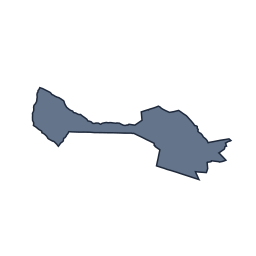 Voitinel, Suceava, Romania, rotated 50°
{"feature_id": "2599482B77271409041849", "entity_name": "Voitinel", "entity_type": "district", "adm_level": 2, "iso_a3": "ROU", "parent_name": "Romania", "parent_adm1": "Suceava", "projection": "natural_earth1", "projection_center": [25.73, 47.865], "detail": "fine", "context": "isolated", "style": "filled", "palette": "slate", "viewbox_px": 256, "rotation_deg": 50, "n_neighbors": 0, "source": "geoboundaries", "source_scale": "gbopen_adm2", "svg_char_len": 4704}
<svg xmlns="http://www.w3.org/2000/svg" viewBox="0 0 256 256"><g transform="rotate(50 128 128)"><path d="M97.2,193.1L96.9,191.6L96.6,190.5L96.3,189.7L96.3,189.0L96.4,187.2L96.4,186.3L96.2,185.9L95.8,185.3L95.3,184.8L94.8,184.2L94.6,183.9L94.6,183.5L94.8,183.1L94.9,182.8L94.8,182.3L94.6,181.1L94.5,180.7L94.3,180.3L94.0,179.8L93.6,177.6L92.8,175.7L95.5,172.8L100.0,167.8L102.9,164.3L106.2,160.5L106.7,159.9L108.1,158.5L110.0,156.6L113.9,152.0L118.7,146.5L121.9,142.7L126.6,137.4L129.1,134.6L131.6,131.7L134.2,128.6L134.8,128.3L135.4,127.6L135.8,127.0L139.4,125.4L142.2,124.1L145.1,122.8L148.7,121.3L151.7,119.9L156.5,117.8L157.5,118.5L158.1,119.1L159.3,118.7L159.6,119.1L162.4,118.4L165.2,117.6L168.8,122.2L170.6,124.4L172.4,126.8L175.3,130.5L175.7,130.3L177.6,129.1L179.7,127.8L181.8,126.4L184.8,124.7L189.5,121.5L190.7,120.8L191.4,120.3L192.0,119.9L194.4,118.4L195.1,118.0L207.3,110.4L213.1,106.8L212.6,106.7L210.6,106.1L208.1,105.4L207.6,105.3L207.1,105.2L204.8,104.4L206.7,102.6L207.6,101.7L211.1,98.1L212.5,96.7L212.3,96.2L210.9,94.0L210.4,93.1L207.8,91.3L205.2,89.5L205.2,89.3L206.8,86.8L207.2,85.7L206.7,85.2L209.6,82.5L212.0,80.2L212.8,79.9L214.3,77.2L215.2,75.0L215.6,73.7L212.2,73.9L207.7,74.2L205.8,74.3L205.5,74.4L205.7,72.7L205.9,69.7L206.1,68.3L206.0,67.8L205.9,67.4L205.0,66.2L204.6,65.6L204.7,65.3L204.9,64.7L205.2,64.2L202.2,63.0L202.5,62.4L202.5,61.7L202.7,60.1L203.0,59.5L203.4,58.6L203.6,58.2L203.7,57.8L203.8,57.2L201.3,57.6L200.8,58.4L199.7,60.3L198.9,61.6L196.5,65.6L193.4,71.2L191.4,74.7L190.7,76.1L190.4,76.0L189.5,75.8L189.2,75.7L188.5,75.5L187.9,75.5L187.7,75.5L187.0,75.5L186.5,75.5L185.9,75.6L185.6,75.6L184.8,75.8L183.8,76.0L183.1,76.1L182.8,76.0L181.9,75.8L181.3,75.7L180.7,75.7L180.3,75.7L179.9,75.7L179.4,75.8L179.1,75.7L178.7,75.8L178.4,76.0L178.0,76.2L177.7,76.3L176.0,76.6L175.7,76.6L175.4,76.6L175.1,76.3L174.9,75.9L174.6,75.6L174.4,75.3L174.2,75.2L173.8,75.1L173.2,75.2L172.8,75.2L172.4,74.9L172.2,74.7L171.7,74.2L171.3,74.0L171.1,74.0L170.6,74.2L169.7,74.7L168.9,75.4L166.8,75.1L165.7,75.1L165.2,75.1L164.7,75.1L163.2,75.1L162.8,75.1L161.4,75.2L157.6,75.3L156.4,75.4L156.1,75.4L152.7,76.4L151.2,76.8L150.6,76.9L149.6,77.2L149.3,77.3L148.2,77.6L147.1,77.9L146.4,79.3L145.0,82.2L143.8,84.3L142.7,86.2L138.7,88.1L135.6,89.4L133.2,90.0L132.9,89.9L131.7,90.3L130.8,90.7L130.0,93.2L129.1,95.6L127.4,99.5L127.2,100.0L127.4,100.6L127.2,100.9L127.0,101.0L126.8,101.1L126.4,102.0L125.7,103.7L124.2,107.5L126.2,108.9L131.1,112.3L130.6,117.3L130.2,120.9L128.0,122.9L125.7,124.9L125.7,126.3L125.4,126.5L125.1,126.7L125.0,126.9L124.6,127.9L124.3,128.4L123.6,129.2L122.8,129.8L120.6,130.8L118.9,131.5L118.5,131.7L117.9,132.5L117.3,133.0L117.0,133.2L116.8,133.9L116.4,134.4L114.7,136.0L113.5,137.1L113.1,137.4L112.2,138.4L111.4,139.7L111.1,140.0L110.2,140.7L109.8,141.1L109.2,142.1L108.5,143.4L108.0,144.3L107.8,144.8L107.7,145.2L107.6,146.5L106.9,146.9L106.0,147.2L105.3,147.5L105.1,147.7L104.7,148.1L104.1,148.8L103.6,149.3L103.5,149.6L103.1,150.5L102.6,151.1L102.3,151.4L102.1,151.8L101.2,152.2L100.5,152.1L100.0,152.2L99.4,152.3L99.0,152.6L98.1,153.1L97.2,153.9L96.6,154.2L95.7,154.0L95.3,154.0L94.7,153.9L94.4,154.0L94.0,154.1L92.1,154.5L91.1,154.8L90.3,155.0L89.2,155.3L88.2,155.5L87.4,155.6L87.1,155.7L86.8,156.0L86.5,156.5L86.3,156.8L86.1,156.9L85.7,157.2L85.2,157.5L84.5,157.8L83.4,158.2L83.0,158.4L82.4,158.8L81.7,159.4L81.0,159.8L80.1,159.6L79.7,159.5L79.4,159.6L79.1,159.7L78.5,160.1L78.0,160.4L77.5,160.6L76.7,160.9L75.5,161.2L74.4,161.4L72.7,161.7L71.6,161.5L71.1,161.4L70.5,161.4L70.3,161.3L70.0,161.2L69.5,161.1L68.4,160.8L68.2,160.7L66.6,160.0L66.2,159.9L65.6,159.8L65.2,159.9L64.8,160.1L64.5,160.3L64.3,160.3L64.1,160.3L63.8,160.3L63.4,160.5L62.9,160.6L62.4,160.7L61.8,161.0L60.4,161.4L59.5,162.0L58.6,162.6L57.0,163.3L56.5,163.6L55.2,163.9L53.7,164.6L53.4,164.8L53.2,164.8L52.9,164.7L52.4,164.7L51.7,164.7L51.1,164.7L50.4,164.9L49.4,165.3L43.1,168.0L42.2,168.5L41.3,169.1L40.4,169.6L40.8,170.6L41.0,170.8L41.2,171.1L41.3,171.3L41.4,172.0L41.4,172.3L41.4,172.7L41.5,172.8L41.8,173.1L42.2,173.5L42.5,173.9L42.8,174.4L42.8,174.5L42.8,175.0L43.6,175.9L43.8,176.2L44.5,176.7L46.1,177.8L47.0,178.9L47.1,179.0L47.8,179.7L49.1,181.2L49.3,181.8L49.8,183.1L50.0,183.9L50.1,185.0L50.3,185.5L50.6,186.0L50.8,186.2L51.6,187.1L52.5,187.7L53.1,188.2L54.0,189.0L54.8,190.3L55.3,191.6L55.6,192.0L56.7,192.7L58.3,194.2L60.8,196.2L61.4,196.4L62.3,196.5L63.5,197.0L64.7,198.1L65.2,198.8L66.5,198.5L67.3,198.1L67.7,198.0L69.2,197.7L71.6,197.3L74.4,196.3L74.8,196.3L75.8,196.5L76.2,197.0L78.0,196.2L79.7,195.8L82.0,195.6L83.6,195.8L84.3,196.0L85.1,195.9L85.5,195.8L89.6,194.2L90.4,193.5L91.4,193.3L94.5,193.0L97.2,193.1Z" fill="#64748b" stroke="#1e293b" stroke-width="1.5"/></g></svg>